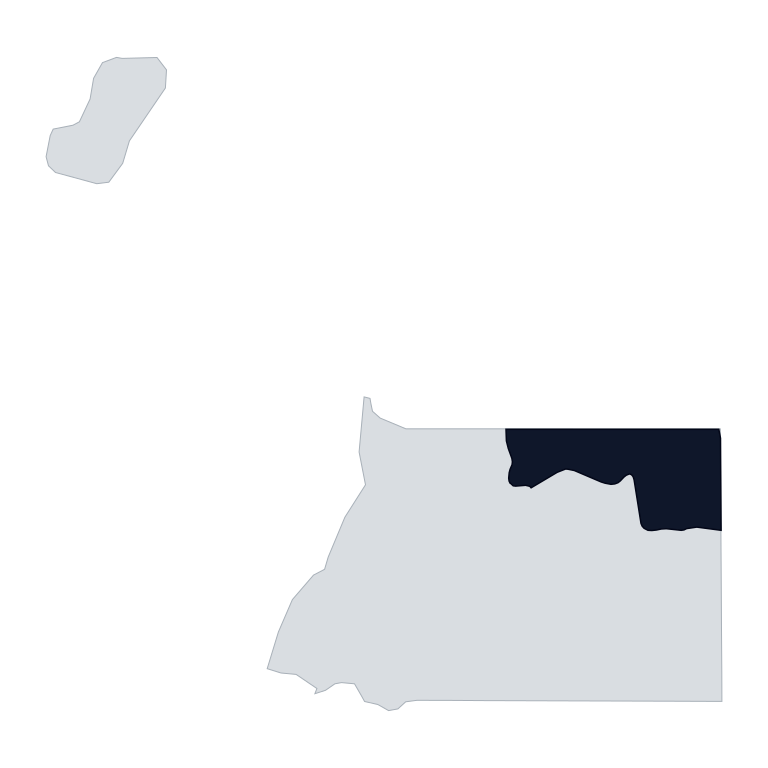 Equatorial Guinea, with Kié-Ntem highlighted
{"feature_id": "GNQ-1469", "entity_name": "Kié-Ntem", "entity_type": "Province", "adm_level": 1, "iso_a3": "GNQ", "parent_name": "Equatorial Guinea", "parent_adm1": "", "projection": "orthographic", "projection_center": [10.81, 1.949], "detail": "fine", "context": "in_parent", "style": "filled", "palette": "ink", "viewbox_px": 768, "rotation_deg": 0, "n_neighbors": 0, "source": "natural_earth", "source_scale": "10m", "svg_char_len": 1628}
<svg xmlns="http://www.w3.org/2000/svg" viewBox="0 0 768 768"><path d="M720.3,428.9L720.6,482.9L720.9,528.6L721.2,578.0L721.5,629.5L721.8,673.1L721.9,701.4L674.2,701.2L610.8,701.0L547.4,700.8L484.0,700.6L452.1,700.4L417.0,700.3L405.7,701.8L397.9,708.9L388.6,710.6L377.8,704.5L364.6,701.5L361.1,695.2L354.5,683.8L341.5,682.6L334.9,683.8L325.5,690.3L314.9,693.7L316.9,688.5L296.1,674.4L281.0,673.0L267.2,668.7L278.4,632.0L292.4,599.6L313.5,575.1L324.6,569.3L328.2,557.1L344.9,517.2L365.5,484.8L359.1,452.0L364.1,396.9L370.0,398.4L370.9,403.6L372.5,411.3L380.2,418.1L405.8,428.8L482.1,428.8L527.6,428.8L594.9,428.9L666.2,428.9L720.3,428.9ZM116.5,57.4L122.2,58.4L157.0,57.5L166.5,69.9L165.4,88.0L129.4,140.9L122.7,163.3L108.8,182.2L96.8,183.7L55.5,172.5L48.5,165.8L46.1,156.7L50.2,135.6L53.2,129.1L73.0,125.2L79.4,121.8L90.1,99.0L93.6,78.3L102.5,62.6L116.5,57.4Z" fill="#d9dde1" stroke="#a8b0b8" stroke-width="1"/><path d="M506.0,429.3L509.5,429.3L579.2,429.3L649.0,429.3L718.8,429.3L720.5,438.2L720.6,456.9L721.0,518.1L721.1,530.3L696.8,527.1L686.6,528.6L684.0,529.9L681.2,530.3L666.3,528.7L661.2,529.0L656.5,530.0L651.9,530.5L648.0,530.3L644.1,528.3L642.2,526.2L641.0,523.4L634.1,479.8L633.1,476.6L631.5,474.7L629.5,473.9L626.3,475.2L624.0,477.0L620.3,480.9L618.0,482.7L614.8,483.9L611.0,484.3L605.1,483.2L601.0,481.9L574.3,470.5L567.9,469.2L565.6,469.0L557.2,472.3L531.1,487.8L529.8,486.3L525.6,485.3L515.7,486.1L513.2,485.8L510.6,483.4L510.1,483.2L509.1,481.1L508.7,478.2L509.2,472.7L510.1,469.3L512.1,464.6L512.4,461.8L511.9,458.4L508.3,448.5L506.4,440.9L506.0,429.3Z" fill="#0f172a" stroke="#020617" stroke-width="1.5"/></svg>